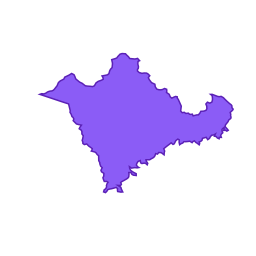 Jacarezinho, Paraná, Brazil, rotated 291°
{"feature_id": "56859067B90346200090543", "entity_name": "Jacarezinho", "entity_type": "district", "adm_level": 2, "iso_a3": "BRA", "parent_name": "Brazil", "parent_adm1": "Paraná", "projection": "natural_earth1", "projection_center": [-49.952, -23.147], "detail": "fine", "context": "isolated", "style": "filled", "palette": "violet", "viewbox_px": 256, "rotation_deg": 291, "n_neighbors": 0, "source": "geoboundaries", "source_scale": "gbopen_adm2", "svg_char_len": 3866}
<svg xmlns="http://www.w3.org/2000/svg" viewBox="0 0 256 256"><g transform="rotate(291 128 128)"><path d="M186.0,88.3L184.4,89.3L183.1,90.2L181.7,90.7L178.7,91.5L176.6,90.6L174.8,90.4L171.9,90.7L170.3,89.8L169.3,88.3L167.3,85.1L166.1,86.6L164.7,87.4L163.1,86.1L160.9,83.5L158.7,82.0L155.4,81.5L154.0,80.2L153.4,77.8L152.6,75.2L152.1,73.0L153.3,69.2L153.5,66.4L154.5,63.4L155.2,61.5L156.9,60.1L158.4,58.5L158.7,55.8L156.5,54.2L155.0,52.8L152.8,50.7L150.7,50.6L147.7,47.9L145.6,46.8L143.8,46.7L142.2,46.7L137.6,45.3L136.4,44.7L135.3,43.6L134.5,42.0L133.6,40.8L132.7,39.9L131.2,38.9L129.7,37.3L129.1,35.1L127.8,33.6L128.8,56.2L129.2,63.9L123.4,67.9L121.9,68.2L120.4,70.1L118.6,71.6L118.2,72.9L117.0,74.2L115.2,74.2L113.3,78.4L113.5,80.6L114.0,83.5L111.3,82.8L109.8,82.7L109.2,85.2L108.2,86.2L105.9,87.1L104.7,89.0L101.3,89.6L100.1,89.6L98.6,90.9L97.4,91.4L96.9,93.2L98.3,95.2L97.1,97.7L96.4,100.4L95.9,102.0L94.7,102.2L93.3,102.0L93.7,105.6L93.4,107.0L92.2,108.7L91.6,110.5L89.4,111.4L87.0,112.4L85.6,114.0L84.4,114.6L82.6,116.1L81.7,118.1L80.3,118.0L78.8,117.9L77.6,119.0L77.0,121.7L74.4,122.6L72.6,122.4L71.3,123.4L69.6,125.0L70.5,127.3L70.2,128.8L68.4,128.4L66.5,128.5L65.4,129.1L63.4,129.0L61.7,127.9L59.6,128.1L59.6,130.1L61.2,130.9L63.2,131.2L64.4,132.7L65.4,134.4L66.7,136.2L68.3,138.3L67.6,140.0L66.4,140.3L65.0,141.1L65.6,144.3L66.4,146.0L68.7,143.6L70.0,142.7L70.8,139.1L71.7,141.7L73.1,142.0L74.5,140.7L75.7,141.4L77.2,142.7L80.0,145.0L81.2,145.8L82.7,146.2L85.2,145.5L86.7,144.7L87.5,146.7L86.1,148.3L85.9,150.0L86.6,152.7L88.3,152.0L88.5,149.8L88.8,148.0L89.4,145.7L90.8,144.1L92.4,143.2L91.8,145.6L93.4,148.4L94.1,150.9L95.0,152.3L95.3,150.8L96.4,149.1L97.9,148.9L100.4,149.4L102.0,151.1L100.0,152.3L99.8,153.7L100.8,155.3L101.4,156.8L100.5,159.1L102.1,159.1L103.7,156.8L104.8,156.2L106.1,159.6L107.9,161.0L109.0,162.0L110.6,162.9L111.9,163.1L114.0,163.0L114.2,164.9L116.1,165.4L116.9,167.9L116.3,169.9L115.9,171.3L118.3,170.6L119.6,170.5L121.5,168.8L123.6,170.0L125.8,171.3L127.7,172.5L129.6,173.6L128.8,175.9L129.8,176.8L133.4,177.2L135.5,178.5L135.3,180.1L133.0,180.8L130.9,182.2L132.2,183.0L133.6,184.5L135.3,185.1L135.9,186.8L136.8,188.6L137.8,190.5L137.3,193.1L138.7,193.5L139.8,194.6L138.8,196.6L138.6,198.0L137.8,200.5L139.1,200.5L140.5,199.4L141.6,200.7L143.0,201.5L145.0,201.2L145.9,202.4L147.3,204.4L145.7,206.6L147.5,207.8L149.3,208.0L151.2,208.7L152.3,210.6L153.7,211.7L151.3,211.6L151.6,213.4L150.7,215.0L150.6,216.9L152.0,216.6L152.7,218.5L154.1,217.3L155.7,217.3L157.5,218.2L158.3,217.2L160.0,216.3L161.2,216.5L162.9,217.5L161.6,218.1L159.9,218.1L160.8,219.7L160.5,221.4L161.8,222.4L162.6,221.1L163.5,219.3L164.2,218.1L165.9,217.9L169.7,219.1L171.6,219.2L173.7,220.5L175.0,220.3L176.4,219.3L177.7,219.0L179.1,217.8L182.1,219.3L183.3,219.4L184.2,217.8L186.0,217.0L186.7,215.9L187.2,214.1L188.4,210.9L189.6,208.1L190.5,206.2L190.9,203.6L189.9,201.9L189.6,200.3L189.6,198.2L189.6,194.6L189.0,193.1L188.4,194.9L186.5,196.0L184.5,196.8L182.2,197.0L180.5,195.4L180.6,192.9L178.3,192.1L176.7,193.6L174.4,194.7L172.7,194.6L171.6,193.6L170.8,192.5L169.7,190.0L167.8,189.8L165.5,189.0L165.0,187.7L162.7,184.4L164.0,183.1L163.2,181.8L162.9,180.4L163.5,179.1L162.3,176.7L162.8,174.9L161.7,173.1L162.7,171.1L167.5,169.9L172.7,164.7L173.6,163.3L174.8,162.7L174.5,161.1L173.3,159.8L171.6,158.2L172.2,156.3L174.2,154.4L175.0,151.2L176.4,151.0L178.0,150.2L178.0,148.0L176.2,146.3L175.3,144.7L174.8,143.2L174.6,141.0L176.2,138.7L178.5,137.4L178.8,133.7L180.7,130.6L182.2,129.0L183.4,129.2L184.6,129.6L185.7,127.2L185.9,125.7L185.2,123.5L184.0,121.4L183.8,118.6L184.6,116.4L186.1,115.9L187.4,116.2L189.0,115.8L191.3,114.2L193.8,113.5L195.0,114.7L196.4,112.0L194.9,109.8L193.5,104.7L194.7,102.9L195.7,100.4L196.4,99.1L195.4,95.8L194.1,94.1L192.6,93.5L190.9,92.8L189.5,92.5L188.3,91.3L186.0,88.3Z" fill="#8b5cf6" stroke="#5b21b6" stroke-width="1.5"/></g></svg>